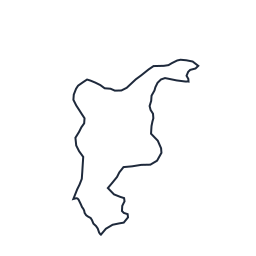 outline of Changdo, Kangwŏn-do, North Korea, rotated 46°
{"feature_id": "82179303B43918374415643", "entity_name": "Changdo", "entity_type": "district", "adm_level": 2, "iso_a3": "PRK", "parent_name": "North Korea", "parent_adm1": "Kangwŏn-do", "projection": "equal_earth", "projection_center": [127.856, 38.569], "detail": "fine", "context": "isolated", "style": "outline", "palette": "slate", "viewbox_px": 256, "rotation_deg": 46, "n_neighbors": 0, "source": "geoboundaries", "source_scale": "gbopen_adm2", "svg_char_len": 1615}
<svg xmlns="http://www.w3.org/2000/svg" viewBox="0 0 256 256"><g transform="rotate(46 128 128)"><path d="M132.1,34.3L125.1,35.3L119.8,39.0L115.4,42.8L113.6,45.7L111.8,51.4L110.9,55.2L108.2,59.0L104.7,62.8L101.2,66.6L100.2,72.4L99.3,81.9L98.4,88.6L98.3,95.2L98.2,101.0L96.4,106.7L92.0,111.5L87.6,113.3L83.2,117.2L77.9,118.1L72.6,120.0L68.2,121.9L67.4,122.3L64.7,123.8L63.8,128.6L62.9,134.3L63.0,135.1L63.7,138.1L66.3,143.8L69.8,147.7L75.9,149.6L81.1,150.6L85.5,151.5L90.8,152.5L94.2,156.3L95.1,161.1L96.8,165.9L98.5,172.6L104.6,177.4L110.7,179.3L117.7,180.3L123.8,187.0L128.2,191.8L132.5,196.6L135.1,202.3L136.8,207.1L141.1,216.6L142.5,214.1L143.3,213.5L143.8,213.3L145.1,213.3L150.3,215.0L152.9,216.0L153.4,216.1L154.7,216.2L156.9,216.9L157.7,217.4L159.0,218.2L161.7,218.7L162.3,218.6L163.9,218.3L166.8,217.4L167.8,217.6L169.2,217.9L172.0,219.0L172.8,219.3L176.3,219.1L176.9,219.2L179.3,219.6L182.3,221.0L183.1,221.4L185.2,221.7L185.9,221.6L185.1,213.9L186.9,206.3L190.5,200.6L193.1,196.8L192.3,190.1L189.7,188.1L186.2,190.0L183.5,190.0L180.0,186.2L178.3,181.4L175.7,179.5L172.2,181.4L166.0,184.2L161.6,184.2L157.2,184.2L156.4,176.6L155.6,169.9L153.9,165.1L153.0,158.4L158.4,151.7L163.7,144.1L169.9,137.4L171.7,129.8L169.1,121.2L165.6,118.3L157.8,115.4L153.4,115.4L148.1,115.4L142.9,109.7L140.3,105.9L138.6,103.0L135.1,100.1L130.7,99.2L127.2,97.2L124.6,92.5L121.1,88.6L119.4,82.9L117.7,80.0L116.0,75.3L116.0,70.5L117.8,66.7L120.5,64.8L127.5,60.0L131.0,57.2L134.6,54.3L136.3,52.4L136.6,52.2L134.6,50.5L131.1,49.6L129.4,45.7L129.4,42.9L132.1,38.1L132.1,34.3Z" fill="none" stroke="#1e293b" stroke-width="2"/></g></svg>